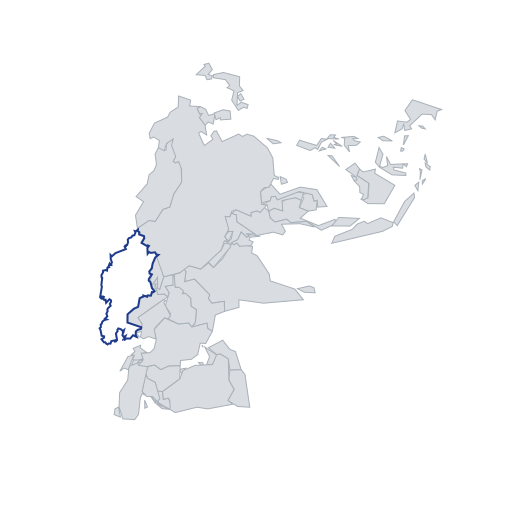 where Kazakhstan sits in Asia, rotated 286°
{"feature_id": "KAZ", "entity_name": "Kazakhstan", "entity_type": "country or territory", "adm_level": 0, "iso_a3": "KAZ", "parent_name": "Asia", "parent_adm1": "", "projection": "equal_earth", "projection_center": [65.802, 47.999], "detail": "medium", "context": "in_parent", "style": "outline", "palette": "blue", "viewbox_px": 512, "rotation_deg": 286, "n_neighbors": 45, "source": "natural_earth", "source_scale": "50m", "svg_char_len": 14301}
<svg xmlns="http://www.w3.org/2000/svg" viewBox="0 0 512 512"><g transform="rotate(286 256 256)"><path d="M155.9,165.4L156.5,150.8L164.3,148.5L174.6,156.6L183.4,155.8L187.0,158.6L188.9,166.0L193.7,168.0L201.9,161.6L200.3,164.6L208.5,167.2L204.6,170.1L201.0,169.8L201.1,166.8L197.0,167.8L194.6,172.6L192.0,172.4L194.2,178.3L192.5,182.5L164.3,159.6L159.3,165.4L155.9,165.4Z" fill="#d9dde1" stroke="#a8b0b8" stroke-width="1"/><path d="M449.3,363.3L447.9,394.0L445.1,390.2L436.3,390.7L440.3,385.6L438.1,376.5L423.5,367.8L421.1,370.5L417.7,364.4L423.8,361.5L418.6,361.5L412.7,355.5L424.8,354.8L426.2,364.1L429.8,367.0L436.9,359.1L449.3,363.3ZM392.1,392.9L389.9,398.8L386.5,399.3L388.5,394.8L392.1,392.9ZM424.8,383.6L424.6,380.0L426.1,376.7L426.8,380.4L424.8,383.6ZM368.2,331.6L366.3,335.8L372.4,346.8L368.2,347.4L362.2,370.0L341.6,364.9L337.2,349.1L339.6,341.6L342.7,347.4L354.2,345.3L357.0,344.3L361.2,330.8L368.2,331.6ZM403.4,367.1L412.4,365.7L413.6,369.3L403.4,367.1ZM399.7,369.0L397.3,368.1L396.7,366.1L400.2,365.8L399.7,369.0ZM403.6,340.8L406.3,345.7L404.2,355.3L401.8,346.3L403.6,340.8ZM379.0,344.9L394.2,344.4L388.8,350.0L376.5,350.0L376.0,353.5L379.1,357.7L387.6,354.0L381.1,360.1L386.5,376.3L383.3,376.0L385.1,372.1L380.8,372.7L379.2,363.5L376.8,364.9L377.0,377.1L374.7,377.8L371.5,364.3L375.3,350.4L379.0,344.9ZM377.2,398.0L371.0,396.1L374.3,395.1L377.2,398.0ZM374.5,392.6L381.9,390.9L385.1,389.2L384.5,391.8L374.5,392.6ZM367.7,389.2L371.8,392.1L363.4,393.6L367.7,389.2ZM326.7,378.9L349.4,383.8L360.0,390.5L355.9,392.3L324.2,383.4L326.7,378.9ZM317.9,354.4L327.1,365.5L325.9,378.7L322.0,378.8L314.7,371.0L289.1,325.3L296.8,326.4L308.1,341.2L314.6,344.5L319.3,350.6L317.9,354.4Z" fill="#d9dde1" stroke="#a8b0b8" stroke-width="1"/><path d="M392.4,395.3L395.6,390.8L400.5,390.6L392.4,395.3Z" fill="#d9dde1" stroke="#a8b0b8" stroke-width="1"/><path d="M89.5,198.8L86.0,204.9L84.8,215.2L83.4,207.7L87.0,199.7L89.5,198.8Z" fill="#d9dde1" stroke="#a8b0b8" stroke-width="1"/><path d="M92.5,194.9L87.1,199.6L92.1,193.2L92.5,194.9Z" fill="#d9dde1" stroke="#a8b0b8" stroke-width="1"/><path d="M88.1,202.6L85.6,207.1L87.0,202.0L88.1,202.6Z" fill="#d9dde1" stroke="#a8b0b8" stroke-width="1"/><path d="M88.1,202.6L99.1,198.4L99.9,203.6L92.5,206.5L95.3,210.8L88.4,216.5L84.8,215.2L88.1,202.6Z" fill="#d9dde1" stroke="#a8b0b8" stroke-width="1"/><path d="M138.4,238.5L146.6,239.1L154.3,231.9L149.7,246.4L139.6,244.1L138.4,238.5Z" fill="#d9dde1" stroke="#a8b0b8" stroke-width="1"/><path d="M135.9,236.2L135.9,233.0L137.8,230.2L138.7,234.2L135.9,236.2Z" fill="#d9dde1" stroke="#a8b0b8" stroke-width="1"/><path d="M125.5,212.8L128.8,219.4L122.9,217.0L125.5,212.8Z" fill="#d9dde1" stroke="#a8b0b8" stroke-width="1"/><path d="M99.9,203.6L99.1,198.4L106.7,194.0L108.4,185.8L113.5,181.5L119.7,182.4L123.3,188.6L120.6,195.9L126.3,202.3L129.7,213.3L116.8,216.6L99.9,203.6Z" fill="#d9dde1" stroke="#a8b0b8" stroke-width="1"/><path d="M150.4,245.4L154.7,235.5L165.9,247.2L159.0,256.6L158.5,262.6L142.6,273.1L139.1,262.3L149.4,257.8L151.9,248.7L150.4,245.4ZM155.1,229.3L153.7,230.4L154.7,228.9L155.1,229.3Z" fill="#d9dde1" stroke="#a8b0b8" stroke-width="1"/><path d="M313.5,293.8L314.4,284.3L325.0,285.9L326.4,282.7L330.6,287.5L330.5,293.1L324.8,296.7L326.5,299.5L317.0,301.1L313.5,293.8Z" fill="#d9dde1" stroke="#a8b0b8" stroke-width="1"/><path d="M322.1,284.1L314.4,284.3L313.5,293.8L304.6,288.1L302.4,307.6L313.0,321.8L309.6,324.3L298.8,311.8L303.2,295.2L297.6,280.2L299.8,275.3L293.9,264.9L296.5,259.1L302.6,255.8L306.9,260.2L306.8,269.2L313.9,265.5L319.4,269.5L323.0,278.1L322.1,284.1Z" fill="#d9dde1" stroke="#a8b0b8" stroke-width="1"/><path d="M329.6,284.4L322.1,284.1L323.0,278.1L316.5,265.8L306.8,269.2L306.9,260.2L302.6,255.8L308.1,252.4L307.1,247.2L313.0,254.3L317.2,254.3L318.8,258.3L315.9,261.1L328.8,276.5L329.6,284.4Z" fill="#d9dde1" stroke="#a8b0b8" stroke-width="1"/><path d="M302.6,255.8L296.5,259.1L293.9,264.9L299.8,275.3L297.6,280.2L303.2,295.2L300.0,304.4L299.2,289.5L293.6,271.8L287.8,277.4L283.7,275.9L283.6,265.9L275.8,251.0L283.6,228.1L290.0,225.9L290.2,220.6L295.0,224.0L292.9,240.1L296.4,239.3L299.7,244.4L299.1,248.1L305.6,249.3L302.6,255.8Z" fill="#d9dde1" stroke="#a8b0b8" stroke-width="1"/><path d="M320.0,301.8L326.5,299.5L324.8,296.7L330.5,293.1L329.9,279.8L315.9,261.1L318.8,258.3L317.2,254.3L313.0,254.3L308.8,246.5L319.1,242.5L329.1,250.7L322.0,262.1L334.4,279.5L336.6,296.2L323.2,310.6L320.0,301.8Z" fill="#d9dde1" stroke="#a8b0b8" stroke-width="1"/><path d="M384.2,161.0L383.3,167.1L378.0,171.7L381.7,177.4L371.0,178.5L371.7,173.2L367.6,171.0L369.4,168.4L373.4,163.4L378.0,164.8L376.8,162.7L381.5,158.7L384.2,161.0Z" fill="#d9dde1" stroke="#a8b0b8" stroke-width="1"/><path d="M376.0,180.0L381.9,176.4L387.5,184.0L388.2,191.2L380.6,194.1L377.0,184.2L379.1,183.5L376.0,180.0Z" fill="#d9dde1" stroke="#a8b0b8" stroke-width="1"/><path d="M249.9,134.4L262.0,128.9L277.2,132.9L280.0,124.4L295.4,131.5L304.5,130.8L310.1,134.5L316.6,135.1L326.1,130.9L333.2,132.3L333.0,140.3L339.4,139.0L345.6,142.9L329.3,151.5L324.3,150.4L323.3,152.9L325.5,155.7L322.0,159.2L306.4,164.2L293.0,160.0L279.2,159.7L275.1,153.7L261.4,149.7L260.6,143.5L249.9,134.4Z" fill="#d9dde1" stroke="#a8b0b8" stroke-width="1"/><path d="M290.2,220.6L290.0,225.9L283.6,228.1L276.9,248.5L274.6,241.3L273.4,244.2L271.4,241.9L275.0,235.2L266.7,233.9L261.8,228.7L260.8,231.7L263.4,234.1L260.8,237.4L262.9,238.6L264.2,250.1L257.8,250.9L256.5,257.1L242.4,273.6L236.0,276.6L234.9,302.4L227.0,313.6L212.7,276.2L209.2,251.6L201.9,253.8L194.1,241.0L203.7,238.0L198.4,226.5L202.0,221.8L205.9,222.2L216.8,203.2L211.6,194.4L221.5,193.0L224.5,189.4L228.2,194.4L228.2,206.4L236.2,212.2L233.2,218.3L244.1,224.6L260.1,228.8L261.8,221.4L262.5,225.8L265.6,227.5L273.2,226.9L271.8,222.8L285.6,215.4L286.5,220.0L290.2,220.6Z" fill="#d9dde1" stroke="#a8b0b8" stroke-width="1"/><path d="M274.6,241.3L276.3,254.7L272.4,245.2L269.3,245.0L268.8,249.4L264.6,248.4L260.8,237.4L263.4,234.1L260.8,231.7L261.8,228.7L266.7,233.9L275.0,235.2L271.4,241.9L273.4,244.2L274.6,241.3Z" fill="#d9dde1" stroke="#a8b0b8" stroke-width="1"/><path d="M271.8,222.8L273.2,226.9L262.5,225.8L266.0,220.5L271.8,222.8Z" fill="#d9dde1" stroke="#a8b0b8" stroke-width="1"/><path d="M259.9,222.3L260.1,228.8L257.4,228.9L233.2,218.3L237.5,211.2L252.2,220.9L259.9,222.3Z" fill="#d9dde1" stroke="#a8b0b8" stroke-width="1"/><path d="M224.5,189.4L221.5,193.0L211.6,194.4L216.8,203.2L205.9,222.2L202.0,221.8L198.4,226.5L203.7,238.0L194.1,241.0L188.0,233.2L171.7,234.8L173.0,229.6L177.9,227.3L170.0,213.8L175.4,216.0L187.9,213.5L189.8,207.3L197.5,204.8L205.3,185.1L215.7,182.5L219.2,187.7L224.5,189.4Z" fill="#d9dde1" stroke="#a8b0b8" stroke-width="1"/><path d="M182.8,182.6L196.8,182.5L201.8,176.9L205.2,184.2L209.6,181.0L215.7,182.5L203.5,187.0L204.7,190.9L202.4,195.8L199.4,195.7L200.7,198.5L197.5,204.8L189.8,207.3L187.9,213.5L175.4,216.0L170.0,213.8L173.0,209.8L169.1,200.1L171.5,188.8L177.1,189.8L182.8,182.6Z" fill="#d9dde1" stroke="#a8b0b8" stroke-width="1"/><path d="M192.5,182.5L194.2,178.3L192.0,172.4L201.1,166.8L202.3,169.7L197.5,172.6L210.6,173.0L215.0,181.3L205.2,184.2L201.8,176.9L196.8,182.5L192.5,182.5Z" fill="#d9dde1" stroke="#a8b0b8" stroke-width="1"/><path d="M201.9,161.6L209.6,160.6L211.7,157.5L230.3,161.2L210.6,173.0L197.5,172.6L197.8,170.3L208.5,167.2L200.3,164.6L201.9,161.6Z" fill="#d9dde1" stroke="#a8b0b8" stroke-width="1"/><path d="M145.3,163.5L150.3,161.3L154.3,165.6L159.3,165.4L164.3,159.6L188.5,179.0L188.4,181.6L185.9,180.3L174.7,190.4L171.5,188.8L171.3,185.2L159.5,178.8L148.6,182.3L148.9,175.0L145.4,170.6L146.3,167.2L152.0,166.8L149.1,162.1L146.1,166.1L145.3,163.5Z" fill="#d9dde1" stroke="#a8b0b8" stroke-width="1"/><path d="M129.7,213.3L126.3,202.3L120.6,195.9L123.3,188.6L118.3,179.1L118.6,173.0L124.6,175.9L130.9,172.4L133.8,180.7L138.8,183.6L148.3,183.2L157.3,178.4L171.3,185.2L169.1,200.1L173.0,209.8L170.0,213.8L177.9,227.3L173.0,229.6L171.7,234.8L158.1,231.8L156.8,226.4L145.2,227.1L138.9,222.4L134.8,212.4L129.7,213.3Z" fill="#d9dde1" stroke="#a8b0b8" stroke-width="1"/><path d="M88.9,201.3L92.5,194.9L90.8,189.8L94.2,183.9L112.1,182.1L108.4,185.8L106.7,194.0L92.3,203.0L88.9,201.3Z" fill="#d9dde1" stroke="#a8b0b8" stroke-width="1"/><path d="M125.8,175.7L117.5,169.7L117.6,166.3L123.6,167.4L125.8,175.7Z" fill="#d9dde1" stroke="#a8b0b8" stroke-width="1"/><path d="M119.7,182.4L94.2,183.9L91.8,188.0L92.3,184.6L87.8,183.9L71.5,186.7L65.3,184.5L62.7,172.9L73.5,165.8L87.2,162.6L101.4,166.9L114.9,164.3L120.8,171.9L118.6,173.0L119.7,182.4ZM64.4,163.3L70.3,162.6L72.8,165.4L63.8,170.1L64.4,163.3Z" fill="#d9dde1" stroke="#a8b0b8" stroke-width="1"/><path d="M241.9,315.6L241.4,320.5L236.9,323.0L234.5,312.5L236.0,304.9L241.9,315.6Z" fill="#d9dde1" stroke="#a8b0b8" stroke-width="1"/><path d="M335.4,266.0L332.0,260.6L339.0,257.4L338.1,263.8L335.4,266.0ZM210.6,173.0L231.9,157.9L228.6,151.1L235.9,148.7L237.4,141.8L243.4,143.1L244.5,137.6L249.9,134.4L260.6,143.5L261.4,149.7L275.1,153.7L279.2,159.7L293.0,160.0L306.4,164.2L318.7,160.6L325.5,155.7L323.3,152.9L324.3,150.4L329.3,151.5L339.1,144.3L345.7,144.2L339.4,139.0L331.8,138.8L333.2,132.3L340.4,131.3L342.2,124.7L339.6,121.9L344.5,119.5L355.8,121.8L365.1,132.7L370.6,133.9L377.7,140.1L388.5,137.5L387.8,150.2L381.9,150.9L384.2,161.0L381.5,158.7L376.8,162.7L378.0,164.8L373.4,163.4L367.6,171.0L358.7,175.2L360.6,169.0L358.4,166.9L347.9,175.9L356.3,182.4L359.1,179.5L364.3,181.2L365.4,183.4L356.6,191.9L368.4,205.7L367.2,210.1L370.6,213.7L370.6,220.8L363.1,237.2L354.9,245.1L338.4,251.4L337.7,256.2L335.9,256.5L335.3,251.4L325.6,249.5L324.0,245.1L319.1,242.5L307.1,247.2L308.1,252.4L299.1,248.1L299.7,244.4L296.4,239.3L292.9,240.1L295.0,224.0L292.1,220.3L286.5,220.0L285.6,215.4L274.4,222.3L266.0,220.5L262.4,224.9L261.8,221.4L252.2,220.9L228.2,206.4L228.2,194.4L219.2,187.7L210.6,173.0Z" fill="#d9dde1" stroke="#a8b0b8" stroke-width="1"/><path d="M372.1,233.8L372.7,245.1L371.8,248.8L368.6,241.6L372.1,233.8Z" fill="#d9dde1" stroke="#a8b0b8" stroke-width="1"/><path d="M126.6,163.2L130.7,166.0L133.3,163.4L138.4,169.7L135.8,170.0L133.1,177.6L130.9,172.4L125.8,175.7L123.4,171.1L122.0,165.6L126.6,166.4L126.6,163.2ZM124.6,175.9L122.5,175.3L120.8,171.9L123.7,172.9L124.6,175.9Z" fill="#d9dde1" stroke="#a8b0b8" stroke-width="1"/><path d="M107.7,156.9L124.0,160.6L127.1,165.9L111.6,164.5L111.8,160.1L107.7,156.9Z" fill="#d9dde1" stroke="#a8b0b8" stroke-width="1"/><path d="M378.2,293.7L374.5,287.9L378.8,289.7L378.2,293.7ZM385.2,308.6L384.5,299.9L386.0,302.8L388.3,298.3L385.2,308.6ZM393.4,305.2L398.0,317.2L397.0,321.5L395.5,316.7L394.0,319.1L394.3,324.8L390.1,322.0L387.6,314.2L381.9,317.2L387.0,310.2L393.8,308.8L393.4,305.2ZM373.3,301.4L365.1,311.7L372.4,297.6L373.3,301.4ZM379.3,265.9L379.0,283.9L386.9,286.4L387.8,292.2L383.5,287.5L375.4,286.0L376.4,283.0L372.3,278.9L373.6,264.6L379.3,265.9ZM381.3,302.0L380.5,295.2L384.9,296.6L381.3,302.0ZM392.9,293.9L394.3,299.1L391.5,297.9L391.2,303.4L388.5,292.1L392.9,293.9Z" fill="#d9dde1" stroke="#a8b0b8" stroke-width="1"/><path d="M305.8,320.6L315.9,325.0L320.6,345.0L310.7,338.1L305.8,320.6ZM368.2,331.6L361.2,330.8L357.0,344.3L342.7,347.4L340.3,344.8L339.6,341.6L344.9,342.4L345.6,338.4L351.2,336.5L355.3,329.7L359.4,330.7L363.8,318.5L372.6,325.6L368.2,331.6Z" fill="#d9dde1" stroke="#a8b0b8" stroke-width="1"/><path d="M359.6,325.4L359.4,330.7L357.0,332.2L355.3,329.7L359.6,325.4Z" fill="#d9dde1" stroke="#a8b0b8" stroke-width="1"/><path d="M423.4,174.1L423.8,190.9L414.8,193.2L411.5,198.0L407.9,193.2L395.6,196.2L399.7,199.4L399.3,206.7L395.6,206.8L395.5,203.0L391.1,198.8L399.1,189.7L408.7,189.3L409.8,181.8L412.5,183.8L417.1,178.0L415.6,165.9L418.6,165.1L423.4,174.1ZM424.4,154.8L425.8,153.2L428.3,157.6L423.2,162.6L417.3,159.9L417.3,164.3L413.9,164.4L412.0,160.4L415.5,157.1L413.8,148.6L424.4,154.8ZM400.5,198.0L404.4,194.2L407.8,196.6L403.4,201.3L400.5,198.0Z" fill="#d9dde1" stroke="#a8b0b8" stroke-width="1"/><path d="M139.1,262.3L142.6,273.1L139.2,278.0L108.9,291.7L106.3,279.8L109.4,268.8L121.7,271.7L129.2,264.1L139.1,262.3Z" fill="#d9dde1" stroke="#a8b0b8" stroke-width="1"/><path d="M84.8,215.8L93.4,213.0L95.3,210.8L92.5,206.5L99.9,203.6L116.8,216.6L125.8,217.4L134.1,227.6L139.6,244.1L150.4,245.4L151.9,248.7L149.4,257.8L129.2,264.1L121.7,271.7L109.4,268.8L107.1,274.5L95.8,251.9L94.4,241.0L83.2,221.5L84.8,215.8Z" fill="#d9dde1" stroke="#a8b0b8" stroke-width="1"/><path d="M86.7,188.7L81.0,193.3L79.0,191.1L86.7,188.7Z" fill="#d9dde1" stroke="#a8b0b8" stroke-width="1"/><path d="M201.9,161.6L196.4,164.9L194.2,168.2L193.0,167.4L192.7,165.9L188.9,165.9L188.2,162.6L186.8,162.6L187.0,158.7L186.1,159.1L183.4,155.8L174.6,156.7L171.7,153.1L164.5,148.6L156.6,150.8L155.9,165.4L154.2,165.5L152.6,162.8L150.4,161.3L147.1,162.0L145.3,163.5L145.9,159.6L142.0,157.9L140.9,153.9L139.3,152.9L139.8,152.2L143.2,152.6L141.7,151.1L143.1,149.4L148.4,149.5L147.2,148.6L148.4,146.2L148.4,143.6L146.7,143.1L145.7,143.7L142.9,142.7L136.9,145.6L135.1,144.7L134.9,144.1L136.2,143.9L134.3,140.4L131.7,140.3L131.2,138.4L130.1,137.7L130.4,136.3L131.5,135.0L131.1,133.7L133.4,130.4L135.6,132.4L136.9,132.1L136.8,129.6L141.9,127.0L143.4,125.6L144.9,126.5L147.4,125.6L148.4,126.4L150.6,126.4L152.7,128.0L153.8,129.9L154.1,128.1L157.0,129.7L159.4,128.1L162.1,128.6L163.3,127.9L164.8,128.0L168.1,130.0L169.6,128.7L172.2,129.3L173.5,128.7L174.0,127.0L169.7,124.8L172.5,123.4L171.9,122.2L172.7,121.1L175.6,121.0L173.2,120.0L174.2,119.2L172.6,118.8L173.4,117.5L184.1,116.3L185.2,115.4L192.6,114.2L192.8,113.5L194.9,112.7L198.2,113.5L199.7,113.0L201.1,115.5L200.9,116.8L203.9,116.4L204.7,117.7L205.1,117.1L208.2,117.4L207.1,118.5L207.4,119.5L208.7,118.9L210.1,119.3L213.0,117.2L216.8,116.0L215.9,117.5L220.0,120.1L226.8,129.0L228.8,127.1L229.9,127.5L229.9,128.3L230.8,128.3L231.1,129.1L234.0,129.2L236.4,128.2L238.2,129.0L239.5,131.0L241.5,131.6L242.4,133.3L245.2,133.7L246.5,132.7L246.5,133.5L248.7,135.2L247.3,135.4L246.7,137.3L244.5,137.8L244.3,142.8L242.3,143.7L237.0,142.4L235.5,148.5L236.4,149.1L236.2,150.3L233.7,149.4L228.4,151.2L230.3,151.9L230.1,154.3L231.7,158.0L230.0,159.7L230.2,161.9L226.7,159.5L220.2,158.7L215.3,159.3L211.7,157.7L209.7,158.6L209.6,161.0L204.3,159.3L202.7,159.7L201.9,161.6ZM138.8,150.6L138.9,151.4L138.7,151.0L138.8,150.6ZM146.8,148.8L146.6,149.1L146.5,148.9L146.8,148.8Z" fill="none" stroke="#1e3a8a" stroke-width="2"/></g></svg>